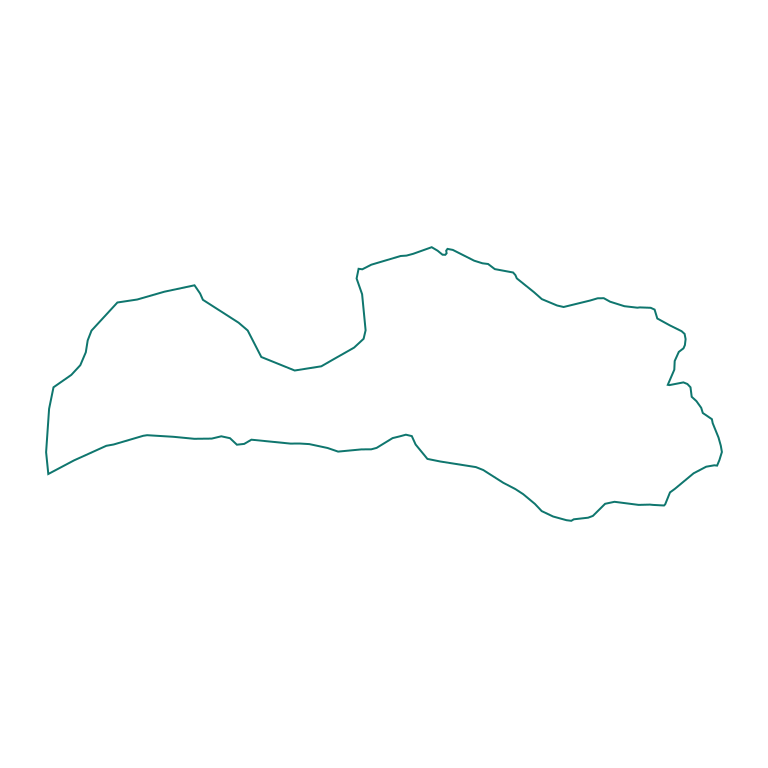 an SVG outline of Latvia
{"feature_id": "LVA", "entity_name": "Latvia", "entity_type": "country or territory", "adm_level": 0, "iso_a3": "LVA", "parent_name": "Europe", "parent_adm1": "", "projection": "equal_earth", "projection_center": [25.364, 56.865], "detail": "fine", "context": "isolated", "style": "outline", "palette": "teal", "viewbox_px": 768, "rotation_deg": 0, "n_neighbors": 0, "source": "natural_earth", "source_scale": "50m", "svg_char_len": 1797}
<svg xmlns="http://www.w3.org/2000/svg" viewBox="0 0 768 768"><path d="M571.3,520.8L566.5,520.2L553.1,516.5L541.7,511.1L534.9,503.9L523.1,494.1L515.4,489.1L503.3,482.8L483.2,470.0L475.9,467.1L440.3,461.5L427.4,458.9L415.6,444.5L411.8,436.1L405.9,434.7L399.6,436.4L392.6,438.1L376.6,447.9L371.3,449.3L361.4,449.4L338.1,451.6L327.6,448.0L309.3,444.1L299.3,443.5L290.5,443.6L251.4,439.7L244.2,443.9L236.9,444.7L230.0,438.2L221.3,436.3L211.7,438.6L194.2,438.8L173.5,436.8L147.1,435.2L143.2,435.8L113.6,444.5L106.3,445.8L74.0,460.4L48.3,474.0L46.1,452.2L49.1,408.8L53.5,387.3L71.3,374.9L80.3,365.2L85.8,352.3L87.7,340.4L91.5,330.6L117.4,302.5L137.3,299.5L164.4,291.7L194.5,285.3L200.1,293.5L202.9,299.8L238.6,322.7L247.7,330.5L261.3,357.0L294.7,370.5L321.3,366.3L332.8,359.7L354.1,347.6L363.6,338.8L365.6,330.3L362.1,294.2L356.6,278.5L358.6,268.8L362.3,269.3L371.3,264.7L400.6,256.0L406.5,255.6L413.2,253.8L431.7,247.2L437.6,250.7L442.5,254.7L445.3,254.8L446.6,253.3L446.2,250.7L447.5,248.9L452.8,249.9L474.2,260.7L482.5,263.3L488.1,264.0L494.8,269.1L513.1,272.5L515.4,275.1L516.8,278.4L534.0,292.2L541.8,299.1L557.1,305.5L563.6,307.0L590.2,300.5L597.6,298.3L603.8,298.2L610.1,301.7L624.4,306.2L637.4,307.7L639.8,307.4L650.7,307.8L654.6,309.6L657.3,318.5L669.9,325.4L681.6,331.2L684.6,333.9L685.6,339.1L684.9,345.1L683.5,348.3L678.8,351.9L674.7,361.0L674.3,369.7L667.8,384.8L669.4,385.1L683.4,382.4L687.4,384.0L690.5,387.3L691.7,396.8L696.4,401.1L701.2,407.8L702.8,413.0L711.9,419.2L712.7,423.2L718.5,437.5L720.8,445.7L721.9,452.0L719.4,460.1L717.1,465.6L714.3,465.3L706.2,466.7L693.6,473.3L674.8,488.9L670.0,492.4L665.2,504.3L664.0,505.5L652.9,504.9L649.9,504.6L638.7,504.9L614.5,501.8L605.1,503.8L592.9,515.9L588.1,517.7L573.8,519.3L571.3,520.8Z" fill="none" stroke="#0f766e" stroke-width="2"/></svg>